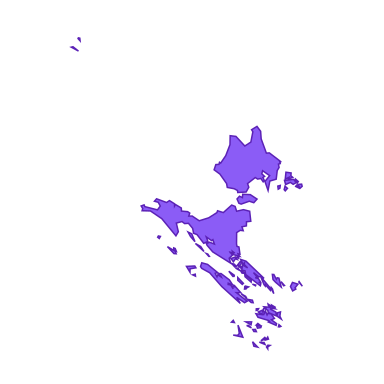 Lingga, Kepulauan Riau, Indonesia, rotated 176°
{"feature_id": "22746128B41866695352092", "entity_name": "Lingga", "entity_type": "district", "adm_level": 2, "iso_a3": "IDN", "parent_name": "Indonesia", "parent_adm1": "Kepulauan Riau", "projection": "orthographic", "projection_center": [104.45, -0.394], "detail": "fine", "context": "isolated", "style": "filled", "palette": "violet", "viewbox_px": 384, "rotation_deg": 176, "n_neighbors": 0, "source": "geoboundaries", "source_scale": "gbopen_adm2", "svg_char_len": 5994}
<svg xmlns="http://www.w3.org/2000/svg" viewBox="0 0 384 384"><g transform="rotate(176 192 192)"><path d="M175.5,130.8L158.4,118.3L159.5,123.4L156.0,126.2L157.2,128.2L158.1,128.8L158.3,129.3L155.4,128.3L155.8,130.0L154.1,128.5L156.0,126.9L148.9,124.6L150.0,126.1L150.4,127.2L148.5,126.6L149.0,133.9L150.9,134.6L151.2,137.0L150.3,148.4L146.6,150.4L143.6,149.8L144.6,153.8L140.1,154.4L139.7,158.5L135.4,158.7L135.8,168.8L141.9,170.8L148.8,169.7L150.0,174.6L153.3,176.2L162.2,169.3L167.8,171.5L168.6,169.7L177.1,165.1L186.8,162.8L193.5,168.0L196.9,168.2L195.7,171.1L197.7,172.7L203.8,173.7L203.8,176.8L209.4,180.7L210.4,179.2L210.3,181.5L215.1,185.0L218.1,183.3L227.8,187.7L230.1,185.4L226.4,184.1L224.6,180.2L227.7,176.6L240.1,180.7L240.7,182.5L243.7,181.6L242.3,179.0L243.1,176.8L234.8,176.0L224.0,167.5L211.1,149.4L208.4,153.3L209.8,162.1L204.0,163.2L201.6,161.0L197.7,161.0L193.9,155.7L193.3,150.7L190.0,149.2L183.9,140.0L179.6,141.6L180.9,146.2L175.8,142.1L174.5,143.0L173.3,138.5L178.0,140.7L181.2,139.4L180.7,137.8L175.5,130.8ZM146.4,188.3L138.0,188.2L135.0,192.8L136.0,196.5L127.9,202.0L125.6,200.3L122.4,200.7L120.3,197.2L119.1,198.6L120.3,201.6L118.5,202.5L121.1,205.3L120.1,208.3L113.4,202.9L118.5,197.4L116.0,188.2L113.6,197.5L107.1,198.9L105.5,207.4L103.4,210.4L103.8,213.8L102.0,214.2L102.4,216.1L100.9,215.7L112.1,225.6L115.1,225.6L119.3,240.2L119.3,247.8L122.6,252.9L128.2,250.0L127.1,247.8L129.8,237.7L136.1,234.2L144.3,244.4L150.0,245.5L150.8,236.6L155.8,225.9L161.4,218.8L162.5,219.7L163.2,217.7L166.3,217.7L168.4,212.6L162.9,207.9L156.9,198.0L156.5,194.1L149.6,192.3L146.5,190.3L146.4,188.3ZM168.9,95.6L151.6,77.5L154.8,83.8L147.3,77.9L144.6,79.2L154.7,88.5L150.3,88.1L156.0,95.5L157.2,96.5L156.4,94.5L158.5,95.0L157.7,92.4L159.9,96.6L162.4,97.2L162.2,98.5L157.9,96.5L160.9,101.8L168.7,108.6L171.5,108.8L168.9,105.9L168.6,105.0L172.0,107.6L173.0,105.6L174.5,109.3L172.1,109.9L181.5,118.7L187.2,120.7L188.7,117.0L187.6,115.1L180.0,110.2L168.9,95.6ZM144.2,106.0L130.4,93.7L129.7,95.7L131.0,97.1L129.8,97.2L131.8,101.0L134.9,102.1L132.7,102.2L136.3,107.3L131.3,102.7L128.9,102.9L126.1,100.8L142.9,119.2L148.2,121.4L146.2,116.7L144.6,117.7L144.9,116.0L141.8,112.4L146.6,115.7L147.8,110.6L144.6,109.7L144.2,106.0ZM117.4,53.1L116.8,54.8L121.7,59.0L118.6,60.1L121.6,64.9L124.7,65.6L125.7,64.1L127.0,68.1L128.4,65.7L129.0,69.8L130.0,67.9L130.3,69.1L134.2,67.7L132.3,65.8L131.8,66.2L129.6,65.0L129.8,64.6L136.7,66.1L134.9,62.4L124.4,58.4L123.6,57.6L124.9,57.0L117.4,53.1ZM143.8,176.5L135.5,178.8L131.1,177.0L127.6,180.4L134.0,185.3L141.6,186.2L142.1,182.9L144.9,184.5L147.6,181.9L146.0,177.5L143.8,176.5ZM124.4,66.4L116.2,62.4L116.8,66.4L121.8,69.6L121.7,71.5L127.8,72.4L125.6,70.6L127.7,71.6L128.4,71.0L124.6,68.7L124.4,66.4ZM117.3,99.0L114.9,96.1L109.6,90.9L111.3,100.0L112.9,100.5L113.9,99.0L116.1,104.0L117.6,104.2L117.3,99.0ZM90.5,192.6L87.2,194.2L89.8,197.5L98.9,197.1L98.1,192.9L93.2,194.7L90.5,192.6ZM98.5,86.3L95.2,87.9L95.9,89.2L92.7,92.7L98.1,94.8L100.4,90.8L98.5,86.3ZM95.1,198.3L90.5,199.6L92.2,201.3L91.8,204.1L96.9,205.2L98.1,198.4L94.2,199.9L95.1,198.3ZM160.9,46.4L151.4,43.6L155.4,56.0L154.7,47.6L156.5,45.8L160.9,46.4ZM125.2,94.3L120.7,88.4L120.1,90.1L129.3,102.6L126.6,94.5L125.5,93.0L125.2,94.3ZM202.7,118.2L199.6,112.1L199.3,115.5L193.4,116.1L194.4,118.0L202.7,118.2ZM214.3,131.8L212.1,131.5L212.9,134.1L220.3,139.2L214.3,131.8ZM88.2,190.3L84.2,188.0L81.7,190.0L82.1,192.2L85.8,192.2L84.9,190.1L87.4,191.4L88.2,190.3ZM115.8,62.2L111.8,59.0L113.0,62.0L112.1,66.2L115.3,65.5L115.8,62.2ZM198.7,152.3L196.6,147.7L192.5,142.2L195.2,150.3L198.7,152.3ZM145.1,106.0L145.0,103.8L139.3,98.0L139.0,100.2L145.1,106.0ZM152.5,100.7L148.3,96.3L147.1,97.3L152.3,103.5L152.5,100.7ZM155.6,119.5L153.4,122.3L151.7,121.6L153.2,124.2L157.7,122.9L155.6,119.5ZM192.2,140.4L184.2,131.8L187.1,137.0L192.2,140.4ZM147.4,58.7L142.4,55.4L141.6,58.3L147.4,58.7ZM152.3,115.3L148.6,115.8L147.6,118.1L148.8,119.2L152.3,115.3ZM98.9,186.6L96.5,189.0L98.8,191.3L99.9,187.9L98.9,186.6ZM302.3,344.9L295.4,340.5L300.6,345.2L302.3,344.9ZM138.7,77.3L139.3,79.9L144.3,81.1L140.6,77.6L138.7,77.3ZM136.2,51.6L132.8,51.9L132.2,53.5L136.8,53.8L136.2,51.6ZM160.8,110.4L157.1,104.9L155.9,104.9L155.6,106.0L160.8,110.4ZM105.8,188.8L104.1,189.6L103.5,192.4L106.0,191.9L105.8,188.8ZM135.3,37.5L129.8,34.8L130.6,36.8L135.3,37.5ZM137.5,48.2L138.3,50.5L141.0,50.6L140.0,48.5L137.5,48.2ZM154.5,114.2L153.2,114.7L154.7,117.0L157.5,118.0L154.5,114.2ZM150.0,87.0L144.7,81.9L145.8,84.2L150.0,87.0ZM149.2,110.4L147.8,107.6L145.6,107.2L145.9,108.3L149.2,110.4ZM86.3,193.8L85.2,195.0L87.9,197.7L88.4,195.8L86.3,195.4L86.3,193.8ZM129.5,41.9L133.6,38.8L128.4,40.4L129.5,41.9ZM109.4,96.4L107.2,92.1L106.3,92.3L109.4,96.4ZM120.4,70.3L117.1,69.7L119.7,71.9L120.4,70.3ZM214.1,137.5L214.3,135.4L211.8,134.0L212.7,136.8L214.1,137.5ZM141.0,33.8L137.3,32.7L142.0,38.4L141.0,33.8ZM128.7,39.3L126.0,39.9L126.6,42.0L128.7,39.3ZM151.1,112.8L153.9,113.1L150.8,111.0L151.1,112.8ZM146.8,55.0L142.2,52.3L144.8,54.9L146.8,55.0ZM150.6,114.6L148.1,112.3L148.0,114.0L150.6,114.6ZM161.7,59.4L158.8,58.8L159.8,61.1L161.7,59.4ZM197.1,109.3L194.4,107.8L194.5,109.8L197.1,109.3ZM119.4,72.2L116.5,70.9L120.5,73.7L120.4,72.1L119.4,72.2ZM134.9,94.7L138.2,95.9L135.2,94.0L134.9,94.7ZM127.4,30.3L127.3,32.2L124.9,33.5L127.0,33.9L128.5,32.2L127.4,30.3ZM227.9,147.9L226.6,149.9L228.6,150.5L229.4,149.3L227.9,147.9ZM115.2,51.5L114.0,51.3L112.7,51.8L114.5,53.6L115.2,51.5ZM136.2,69.4L134.6,69.6L133.7,71.0L136.0,71.0L136.2,69.4ZM117.5,84.9L118.5,89.6L119.4,90.9L119.4,89.2L117.5,84.9ZM137.1,54.9L133.7,54.7L135.5,56.3L137.1,54.9ZM91.7,94.8L88.5,90.3L91.4,95.2L91.7,94.8ZM293.1,350.6L293.2,353.3L294.6,353.7L295.0,353.0L293.1,350.6ZM146.4,91.5L144.9,91.5L144.2,92.5L146.0,93.7L146.4,91.5ZM144.6,94.2L143.8,92.6L142.2,93.4L144.6,94.2ZM123.7,73.4L121.0,72.5L123.9,74.9L123.7,73.4ZM182.0,129.6L179.7,126.6L179.2,126.6L180.6,129.0L182.0,129.6ZM150.4,122.7L149.6,124.1L150.6,124.9L151.5,124.1L150.4,122.7Z" fill="#8b5cf6" stroke="#5b21b6" stroke-width="1.5"/></g></svg>